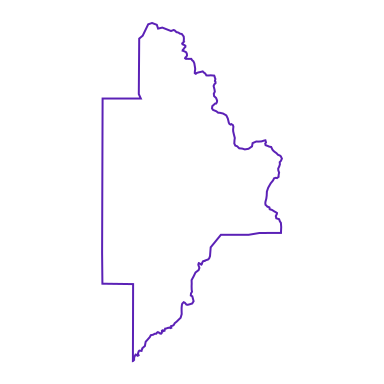 outline of Broadwater, Montana, United States of America
{"feature_id": "52423323B25575586370541", "entity_name": "Broadwater", "entity_type": "district", "adm_level": 2, "iso_a3": "USA", "parent_name": "United States of America", "parent_adm1": "Montana", "projection": "orthographic", "projection_center": [-111.372, 46.308], "detail": "fine", "context": "isolated", "style": "outline", "palette": "violet", "viewbox_px": 384, "rotation_deg": 0, "n_neighbors": 0, "source": "geoboundaries", "source_scale": "gbopen_adm2", "svg_char_len": 3596}
<svg xmlns="http://www.w3.org/2000/svg" viewBox="0 0 384 384"><path d="M102.6,98.5L102.1,252.9L102.4,283.7L133.1,284.1L133.0,330.2L132.9,361.0L133.2,360.9L134.1,359.9L134.1,358.2L134.3,357.1L135.1,355.5L135.6,354.6L136.7,355.0L137.0,355.4L137.6,355.8L138.6,355.3L138.3,354.5L137.9,353.8L138.7,351.3L139.4,350.6L140.8,350.8L141.5,350.9L141.6,350.3L142.1,349.4L142.2,348.4L143.5,347.2L144.9,346.0L145.3,343.7L145.7,341.7L147.1,340.2L148.3,338.8L149.8,337.1L150.8,335.2L153.2,334.7L154.6,333.8L156.3,333.7L156.9,332.7L157.9,332.1L158.4,332.6L159.6,332.8L160.2,333.6L161.1,333.7L161.8,332.9L162.0,331.5L161.9,330.8L162.5,330.3L163.1,330.5L163.2,331.2L164.6,330.7L164.6,329.8L165.2,328.6L166.0,328.6L167.8,327.9L168.9,327.9L169.3,327.5L170.2,327.8L170.6,328.1L171.3,327.8L171.1,327.2L171.1,326.1L172.7,325.7L173.8,324.9L174.7,323.2L176.7,321.6L178.6,319.7L180.6,317.8L181.7,314.1L181.6,310.5L181.6,307.9L181.9,305.0L182.3,303.6L183.7,302.2L184.9,302.8L186.4,304.6L187.7,304.8L190.0,304.2L192.2,303.5L193.6,301.2L192.3,296.3L190.8,295.5L191.0,293.4L192.0,291.7L191.7,289.8L191.6,286.2L191.7,283.6L191.6,280.1L193.6,276.4L195.5,272.5L198.6,270.1L199.4,267.9L198.3,264.8L198.6,263.5L198.8,263.1L199.4,263.3L199.8,263.6L200.3,263.9L200.9,264.4L201.4,264.6L201.6,264.2L202.0,263.8L202.1,262.9L203.1,261.2L203.7,261.0L204.3,261.0L204.7,261.0L204.9,260.6L205.7,260.3L206.5,260.0L207.2,259.8L208.1,259.5L208.5,259.0L209.1,258.5L210.0,256.2L210.7,247.3L220.9,234.8L230.9,234.8L248.6,234.8L259.4,233.0L281.0,232.9L281.0,231.8L281.2,227.1L280.9,222.9L279.9,221.4L279.1,219.2L276.3,218.3L275.8,216.1L276.9,213.9L277.0,213.0L276.1,212.4L274.3,211.4L272.1,210.0L271.1,209.6L270.2,209.5L269.5,208.8L269.6,208.2L269.4,207.4L268.5,206.9L267.5,206.8L266.4,205.6L265.5,204.8L265.3,203.1L265.5,201.6L266.3,198.6L266.7,195.7L266.9,191.5L268.2,187.7L270.7,183.3L273.0,180.5L274.1,178.3L275.8,177.8L277.0,178.1L278.6,176.8L278.6,175.1L279.1,172.6L278.3,170.4L278.2,168.6L279.2,166.5L279.9,164.3L279.7,162.2L280.9,160.9L281.9,158.6L280.8,156.3L279.8,155.5L278.0,154.8L276.4,153.1L274.7,151.9L273.4,150.8L272.4,149.6L271.9,148.5L271.2,147.0L269.1,146.6L268.1,146.1L265.6,145.2L265.2,143.6L266.0,142.4L265.4,140.3L264.3,140.5L261.5,141.4L258.2,141.6L256.3,141.5L252.6,143.1L252.0,146.4L248.5,148.8L244.8,149.4L242.3,148.6L239.2,148.3L237.2,146.3L235.3,145.6L234.3,143.5L234.5,140.1L234.8,138.0L233.9,134.5L233.2,131.4L233.1,129.4L233.4,126.7L232.9,125.1L231.3,124.1L230.6,124.6L229.5,124.0L228.8,122.7L228.4,120.9L227.8,118.5L226.3,115.4L223.0,113.5L219.9,112.8L218.1,112.7L216.4,111.3L213.0,109.9L212.0,108.4L212.3,106.1L215.1,103.6L216.2,103.5L217.0,101.9L217.1,100.6L216.1,98.0L214.1,96.1L213.8,93.7L214.8,91.7L214.5,89.5L213.6,86.0L214.4,84.2L215.5,83.2L215.5,81.9L214.9,81.0L215.4,79.0L214.8,77.5L214.7,76.8L214.2,75.6L213.0,75.5L211.5,75.4L210.7,75.3L208.6,75.5L206.4,75.4L205.2,73.5L203.8,72.5L202.7,71.4L200.4,72.0L198.5,72.4L196.4,73.1L195.8,73.8L194.8,73.2L194.8,72.0L195.2,69.0L194.9,66.8L194.3,63.3L193.4,61.3L192.1,60.2L191.3,58.9L189.2,58.9L187.1,58.8L186.0,58.9L185.1,58.3L185.3,57.6L186.5,56.5L187.0,55.5L186.9,53.9L186.2,52.3L184.7,51.5L183.3,50.9L182.6,50.7L182.8,49.8L183.5,49.2L184.7,47.5L185.4,46.9L185.4,45.8L184.6,45.2L183.2,44.6L182.5,44.3L182.2,43.4L183.0,42.8L183.4,42.4L183.8,41.9L183.6,41.8L183.6,41.2L183.8,40.8L183.9,38.5L183.7,36.5L183.0,35.6L181.8,34.0L179.8,33.6L178.6,32.7L177.5,32.3L176.5,32.2L174.8,30.5L173.7,30.0L171.0,31.0L162.3,27.6L158.1,28.6L156.8,24.8L152.0,23.0L148.2,24.3L142.7,35.7L139.2,38.6L138.8,94.1L140.8,98.5L102.6,98.5Z" fill="none" stroke="#5b21b6" stroke-width="2"/></svg>